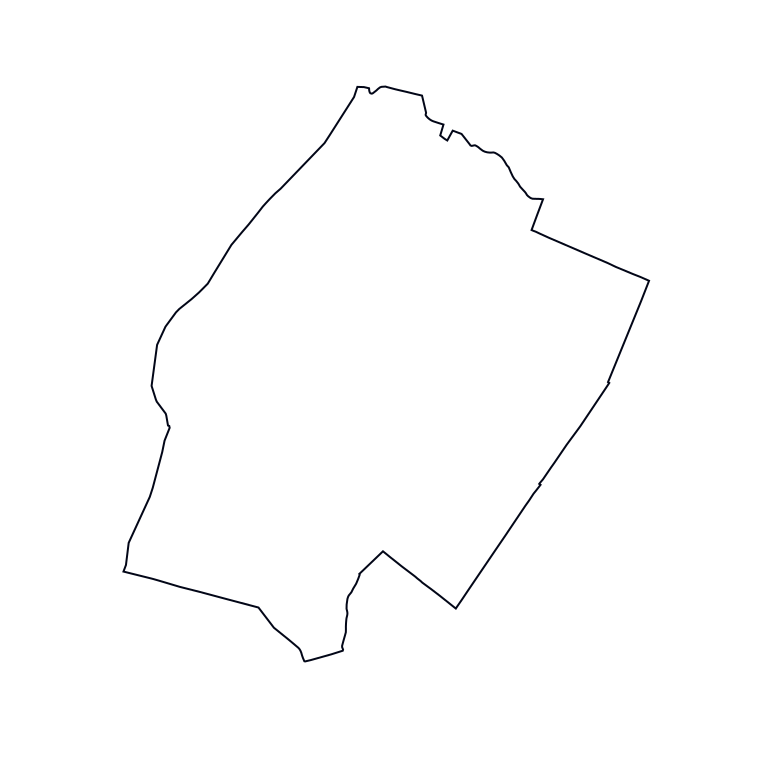 Cascioarele, Calarasi, Romania (Albers equal-area conic projection), rotated 105°
{"feature_id": "2599482B95938588353719", "entity_name": "Cascioarele", "entity_type": "district", "adm_level": 2, "iso_a3": "ROU", "parent_name": "Romania", "parent_adm1": "Calarasi", "projection": "albers", "projection_center": [26.457, 44.135], "detail": "fine", "context": "isolated", "style": "outline", "palette": "ink", "viewbox_px": 768, "rotation_deg": 105, "n_neighbors": 0, "source": "geoboundaries", "source_scale": "gbopen_adm2", "svg_char_len": 2783}
<svg xmlns="http://www.w3.org/2000/svg" viewBox="0 0 768 768"><g transform="rotate(105 384 384)"><path d="M324.7,166.7L324.2,168.1L320.4,167.6L237.3,157.1L215.7,154.7L214.2,164.4L213.4,171.6L210.9,190.4L209.3,199.0L205.7,224.1L200.1,262.4L198.4,272.6L197.6,276.9L197.4,279.1L197.1,281.3L180.8,279.8L169.6,278.7L164.4,278.2L164.9,281.4L165.9,285.5L166.6,288.5L166.4,290.6L165.3,293.4L164.4,294.9L163.0,296.3L162.0,297.6L160.5,300.0L158.2,303.6L155.7,306.1L153.6,308.9L152.3,311.0L150.2,313.3L146.4,316.5L142.4,319.6L140.9,322.0L139.2,323.7L137.3,325.6L134.7,328.8L133.3,332.0L132.5,334.5L132.0,336.7L132.0,338.2L132.9,340.8L133.2,342.2L133.5,344.3L133.5,346.8L133.1,349.0L131.9,352.0L130.8,354.3L130.1,356.5L129.9,357.7L130.1,358.5L130.8,359.9L131.3,360.8L131.2,362.2L129.9,363.8L122.4,373.8L121.5,383.2L132.4,385.9L131.5,388.9L129.4,394.0L121.7,393.8L118.0,393.7L117.8,398.9L117.5,404.3L117.2,406.3L116.5,408.5L115.5,410.6L114.6,412.0L113.8,413.1L113.3,413.4L113.0,413.5L111.5,413.5L111.0,413.6L95.6,421.9L95.6,422.7L95.8,428.4L96.0,437.6L96.3,446.0L96.4,449.8L96.4,453.6L96.4,458.3L96.3,459.5L97.6,463.3L98.5,464.6L100.6,466.2L102.4,467.3L106.0,470.0L106.7,470.9L106.7,472.3L106.2,473.1L105.0,473.9L103.7,474.5L102.6,474.8L102.2,475.0L102.3,477.6L102.4,480.2L103.9,486.6L114.5,487.2L157.8,500.9L166.7,503.8L222.1,534.4L227.9,538.3L234.8,542.2L239.3,544.6L244.0,547.0L250.7,549.8L264.9,556.0L273.8,560.3L289.1,567.4L302.3,571.3L320.5,576.7L332.7,580.2L343.5,586.4L352.0,592.0L364.4,601.1L368.7,603.5L385.1,609.9L404.9,613.3L446.0,608.0L458.1,600.3L459.9,598.9L469.1,587.2L470.9,586.1L480.0,581.9L480.1,580.6L481.8,579.7L495.5,581.3L507.1,580.6L544.1,580.5L553.6,581.0L603.5,589.5L625.6,586.4L632.6,587.1L632.5,580.3L632.1,558.2L632.1,556.3L632.2,550.3L632.8,528.7L632.5,507.8L632.5,481.5L632.4,447.4L647.9,427.3L655.9,409.3L660.9,398.6L661.7,397.3L663.1,395.8L664.9,394.4L667.4,392.9L669.6,391.4L672.4,389.2L672.4,388.4L669.7,383.4L658.8,365.0L652.3,354.8L651.1,354.8L649.1,356.3L647.8,356.7L646.7,356.7L642.7,356.7L636.7,356.6L633.7,356.6L630.8,357.3L628.3,358.0L625.2,358.7L622.0,359.3L620.0,359.6L616.7,359.7L615.3,359.9L613.8,360.4L610.8,362.0L606.7,363.0L601.0,363.7L598.9,363.6L597.4,363.3L593.6,361.6L589.6,360.8L584.1,359.2L578.9,358.5L574.5,358.1L573.9,358.7L545.9,341.7L547.2,338.7L549.5,333.6L555.6,319.6L556.7,316.9L561.5,305.1L562.1,303.7L563.3,301.3L563.7,300.3L564.9,297.5L565.9,295.7L568.8,288.3L569.8,285.7L574.1,275.3L582.3,256.5L579.9,255.7L572.6,253.1L569.4,252.0L563.8,250.1L541.0,242.2L514.8,233.1L497.1,226.9L494.4,226.0L464.9,215.9L459.0,213.7L451.1,211.1L448.0,209.7L440.9,206.7L440.3,208.2L439.0,207.7L435.0,205.8L421.0,200.9L416.2,199.1L395.3,191.8L374.1,183.5L365.9,180.7L329.8,168.4L324.7,166.7Z" fill="none" stroke="#020617" stroke-width="2"/></g></svg>